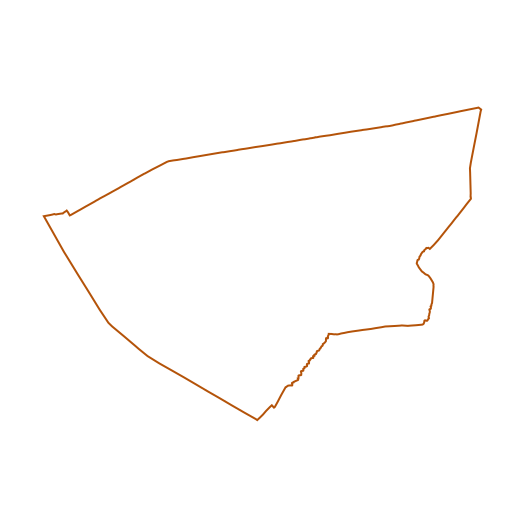 outline of Tinh Bien, An Giang, Vietnam, rotated 274°
{"feature_id": "81297802B35428568609668", "entity_name": "Tinh Bien", "entity_type": "district", "adm_level": 2, "iso_a3": "VNM", "parent_name": "Vietnam", "parent_adm1": "An Giang", "projection": "natural_earth1", "projection_center": [105.002, 10.557], "detail": "fine", "context": "isolated", "style": "outline", "palette": "amber", "viewbox_px": 512, "rotation_deg": 274, "n_neighbors": 0, "source": "geoboundaries", "source_scale": "gbopen_adm2", "svg_char_len": 6003}
<svg xmlns="http://www.w3.org/2000/svg" viewBox="0 0 512 512"><g transform="rotate(274 256 256)"><path d="M280.9,41.6L246.6,64.2L242.6,67.1L225.5,79.3L208.7,91.5L191.4,103.9L179.1,113.4L175.7,117.4L166.7,129.9L157.5,142.4L155.3,145.3L148.6,154.8L142.1,167.1L136.0,179.9L129.9,192.6L123.7,205.1L117.5,217.5L111.4,230.1L105.2,242.5L99.2,254.8L93.3,267.2L92.4,268.7L93.1,269.3L94.9,271.0L98.3,274.0L102.2,276.9L105.6,279.8L106.2,280.3L108.2,282.2L107.7,282.8L107.1,283.3L106.0,284.5L106.7,285.3L111.6,287.6L119.2,290.9L123.0,292.7L127.2,294.7L127.4,295.3L127.9,295.8L128.3,296.2L128.5,296.6L128.9,297.0L129.0,297.4L129.3,299.2L129.3,300.1L129.3,300.7L129.4,301.1L129.6,301.2L130.0,301.2L130.7,301.1L131.6,300.7L131.9,300.8L132.1,301.1L132.2,301.4L132.4,302.1L132.5,302.3L133.0,302.3L134.8,305.7L135.1,306.4L135.2,306.5L135.4,306.6L135.6,306.7L136.3,306.6L136.8,306.3L137.0,306.9L137.6,306.9L138.9,306.8L139.5,306.7L139.8,306.9L140.0,307.5L140.1,308.3L140.2,309.0L140.5,309.4L142.1,309.4L143.1,309.2L143.6,308.9L143.8,308.9L144.1,308.9L144.3,309.1L144.5,309.6L144.6,310.3L144.8,311.0L145.0,311.2L145.7,311.2L146.4,311.0L146.7,311.0L146.9,311.2L147.4,312.1L148.7,312.1L148.9,312.6L149.0,313.2L149.4,314.2L149.8,314.6L150.6,314.6L151.1,314.4L151.4,314.3L151.8,314.4L152.1,314.8L152.5,316.3L153.1,316.4L154.0,316.1L154.5,315.9L154.9,315.8L155.1,316.0L155.3,316.3L155.3,316.6L155.4,316.8L155.7,317.0L156.2,317.0L156.4,317.1L156.6,317.4L156.7,317.6L157.1,317.7L157.4,317.7L157.7,317.9L157.9,318.4L158.1,318.9L158.2,319.8L158.2,320.1L158.3,320.2L158.5,320.3L159.7,319.9L160.0,319.9L160.2,320.1L160.3,320.4L160.4,320.9L160.4,321.2L160.5,321.3L160.9,321.1L161.3,321.0L161.5,321.0L162.0,321.6L162.2,322.4L162.3,322.6L162.5,322.7L163.0,322.7L163.8,323.3L165.1,323.3L165.3,323.4L165.6,324.0L165.8,324.5L165.9,325.0L166.1,325.4L166.5,325.6L166.8,325.8L167.3,325.9L167.8,326.0L168.0,326.1L168.1,326.3L168.2,326.5L168.3,326.7L168.5,326.8L168.9,326.9L169.3,327.2L170.0,327.4L170.3,327.6L170.5,327.7L170.6,327.9L170.8,328.2L170.9,328.4L171.3,328.7L171.7,328.8L172.8,328.8L173.1,329.2L173.3,329.6L173.5,329.8L173.8,330.0L174.6,330.8L175.8,331.6L176.1,331.7L176.4,331.7L177.2,331.6L178.4,331.6L178.9,331.7L179.0,331.8L178.9,332.5L178.8,333.1L178.9,333.4L179.1,333.5L179.9,333.5L180.2,333.3L180.6,333.3L181.0,333.3L181.4,333.5L181.7,333.7L182.4,333.9L182.8,333.9L183.0,334.0L183.4,334.0L183.5,336.8L183.3,339.3L183.5,341.1L183.4,342.2L183.6,343.2L183.8,344.0L184.6,346.2L184.9,347.3L185.2,348.6L185.4,349.4L186.4,352.8L187.5,357.5L188.8,363.7L189.7,367.7L190.2,370.4L191.3,376.0L192.4,380.4L193.7,386.1L194.7,389.8L195.3,394.8L196.0,400.3L196.6,404.7L196.9,406.2L196.9,409.4L196.9,412.3L197.4,415.4L198.1,420.5L199.1,426.5L199.3,427.0L199.7,427.6L200.2,428.0L200.9,428.2L201.4,428.4L202.8,428.5L203.1,428.5L203.4,428.7L203.6,429.1L203.6,429.9L203.3,430.3L203.3,431.1L203.7,431.5L204.6,432.0L205.0,432.1L205.6,432.7L206.0,432.9L206.4,432.8L206.8,432.5L207.2,432.4L207.6,432.4L208.0,432.5L208.6,432.8L209.4,432.9L210.5,432.9L211.4,433.2L212.4,433.3L213.2,433.2L214.5,432.7L214.8,432.7L215.1,433.0L215.2,433.6L215.6,434.0L216.0,434.1L216.7,434.1L217.6,433.8L217.9,433.7L218.1,433.9L218.3,434.3L218.5,434.4L219.8,434.4L220.6,434.6L221.3,434.9L237.7,435.3L238.5,435.1L240.1,435.1L241.0,434.8L242.2,434.2L243.8,433.1L245.9,431.6L248.0,429.8L248.8,428.8L249.1,427.9L249.4,426.8L249.7,426.2L250.3,425.3L250.6,425.0L251.0,424.4L251.8,423.2L252.1,422.6L255.1,420.0L256.2,419.1L257.1,418.6L258.8,417.5L259.6,416.9L260.3,416.9L262.2,417.3L262.8,417.3L263.1,417.4L263.4,417.6L263.6,418.1L263.7,418.4L263.8,418.6L264.1,418.7L264.3,418.8L265.1,419.0L265.8,419.1L266.2,419.1L266.5,419.1L266.9,419.3L267.3,419.6L267.5,419.8L267.8,420.0L268.2,420.2L269.0,420.3L269.4,420.5L270.4,421.1L270.9,421.4L271.7,421.9L272.0,422.3L272.2,422.8L272.2,423.0L272.3,423.2L272.4,423.3L272.8,423.3L273.1,423.3L273.4,423.4L273.8,423.7L274.9,424.9L275.8,425.3L276.0,425.9L275.9,426.7L276.2,427.5L275.2,428.9L279.2,432.4L284.6,436.6L299.0,446.5L302.2,448.8L305.4,450.9L308.6,453.1L310.0,454.2L311.8,455.4L318.6,460.0L322.0,462.2L326.5,465.3L328.1,466.4L329.9,466.1L330.0,465.9L333.4,465.8L354.0,463.8L358.5,463.3L364.2,463.8L370.1,464.5L381.5,465.9L393.5,467.4L415.9,470.0L417.8,470.4L419.6,467.6L419.1,466.0L416.8,457.5L416.2,455.4L415.6,453.2L415.0,451.0L414.5,449.2L414.1,447.9L412.6,442.6L411.3,438.0L411.0,436.9L410.5,435.0L410.2,433.9L409.9,432.8L409.6,431.6L408.0,426.0L407.5,424.6L407.3,423.4L406.8,421.7L405.3,416.5L403.4,409.8L402.7,407.3L402.5,406.6L402.3,405.7L402.1,405.0L402.1,404.8L401.5,403.2L400.8,400.5L400.4,399.1L399.6,396.1L398.5,392.6L398.2,391.1L397.6,389.4L396.9,386.5L396.8,386.2L396.6,385.5L396.4,384.9L396.2,384.3L395.9,383.5L395.0,380.2L394.5,377.7L394.4,376.6L393.7,373.4L393.3,372.2L391.4,363.9L390.7,360.9L389.9,357.3L389.2,353.5L388.9,352.7L386.6,342.0L385.3,336.7L383.5,328.9L382.9,326.5L381.6,321.3L380.9,317.7L380.1,313.9L379.5,311.1L378.7,308.4L378.6,306.9L378.4,306.8L378.3,306.6L377.4,303.0L377.2,301.8L376.7,300.2L375.8,296.5L375.6,294.9L375.0,292.4L373.5,286.8L373.3,285.6L372.7,283.3L372.0,279.9L371.2,276.6L370.1,272.2L369.6,269.4L368.4,264.6L367.6,261.2L366.0,254.2L364.6,247.6L362.7,239.8L362.2,237.6L361.6,234.6L360.7,230.7L360.5,230.3L359.7,227.0L358.8,222.9L357.3,216.6L357.1,215.0L353.1,198.5L351.7,192.8L350.2,186.5L349.0,181.9L348.3,179.2L347.9,177.2L346.3,170.6L345.6,166.9L344.5,162.4L343.6,160.4L340.3,155.1L339.8,154.3L337.1,149.8L335.2,146.6L330.5,139.3L330.2,138.6L325.8,131.9L325.1,130.9L321.1,125.0L320.3,123.7L319.8,122.9L315.8,116.8L315.1,115.7L314.6,115.1L309.9,107.8L309.6,107.4L304.9,100.1L304.5,99.4L302.3,95.9L302.1,95.7L301.4,94.7L299.8,92.2L299.1,91.3L294.2,83.8L293.9,83.3L289.6,76.9L288.6,75.3L284.2,68.7L283.6,67.6L283.5,67.4L286.5,65.4L288.1,64.0L287.6,63.5L286.6,62.1L285.1,60.3L284.9,60.2L284.9,59.7L284.8,59.3L284.8,58.9L284.6,58.1L283.8,54.6L283.5,53.7L283.5,53.1L283.6,52.6L283.8,52.0L283.6,51.3L283.1,49.9L282.4,47.5L280.9,41.6Z" fill="none" stroke="#b45309" stroke-width="2"/></g></svg>